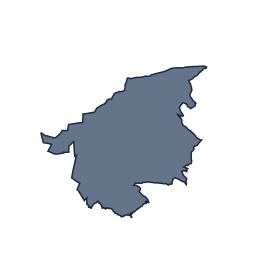 the district of Ixtacuixtla de Mariano Matamoros, Tlaxcala, Mexico, rotated 115°
{"feature_id": "50627088B9803475086398", "entity_name": "Ixtacuixtla de Mariano Matamoros", "entity_type": "district", "adm_level": 2, "iso_a3": "MEX", "parent_name": "Mexico", "parent_adm1": "Tlaxcala", "projection": "orthographic", "projection_center": [-98.372, 19.347], "detail": "fine", "context": "isolated", "style": "filled", "palette": "slate", "viewbox_px": 256, "rotation_deg": 115, "n_neighbors": 0, "source": "geoboundaries", "source_scale": "gbopen_adm2", "svg_char_len": 5683}
<svg xmlns="http://www.w3.org/2000/svg" viewBox="0 0 256 256"><g transform="rotate(115 128 128)"><path d="M70.1,129.3L70.4,129.4L70.6,129.7L71.8,130.0L72.9,132.2L73.3,133.6L73.9,134.5L75.2,136.0L76.9,138.2L78.7,142.1L79.5,143.0L81.6,145.5L83.0,149.6L86.0,149.2L86.8,148.9L89.5,148.9L90.4,148.9L91.7,148.1L93.2,147.4L93.8,147.4L95.2,147.3L96.5,147.8L97.2,148.6L98.0,149.8L98.6,151.3L100.0,152.5L100.4,153.0L102.4,154.9L107.1,155.2L108.4,155.2L109.0,155.5L109.6,157.1L110.1,157.8L110.9,158.1L111.8,158.7L112.5,158.9L114.0,158.6L115.7,159.6L116.6,159.6L116.7,160.1L117.1,160.3L118.7,161.8L122.2,164.1L123.4,164.7L125.5,164.9L127.2,164.9L127.9,165.3L132.0,171.0L134.4,174.7L137.0,173.5L142.2,171.5L143.4,173.5L149.8,183.1L151.8,182.9L154.3,182.1L155.9,181.9L156.3,182.4L158.0,186.7L160.2,186.7L161.5,187.0L166.0,188.9L167.3,189.6L168.0,190.2L168.0,190.8L168.5,192.0L168.4,192.6L169.1,195.6L169.0,196.5L169.1,197.2L169.9,200.0L169.1,204.1L169.2,204.5L169.5,204.7L177.1,198.5L175.2,192.0L175.5,192.1L175.4,190.4L182.9,190.7L182.7,189.7L182.6,183.8L181.9,181.9L181.1,180.4L177.9,175.9L177.4,176.4L174.9,171.4L169.7,173.8L165.2,172.3L163.3,171.6L163.4,171.4L176.1,164.4L174.5,163.2L190.5,159.7L197.1,157.9L197.0,157.6L197.1,157.0L197.8,154.2L198.5,149.0L198.5,148.4L205.5,148.1L205.6,146.8L212.3,136.9L211.5,136.8L210.5,136.5L209.3,136.0L208.9,135.7L209.9,135.7L210.6,135.0L211.5,134.5L212.1,134.3L212.3,134.0L212.8,133.6L213.8,133.5L214.6,133.0L214.7,131.6L215.1,131.4L215.4,130.6L216.2,130.4L216.5,130.1L216.4,129.9L215.8,129.5L215.6,129.2L216.0,128.8L216.3,128.3L216.3,127.5L215.1,127.5L214.8,127.3L213.7,127.4L212.3,127.2L209.8,125.9L209.4,125.3L208.9,125.0L208.7,124.9L207.9,124.9L207.0,124.3L207.3,124.1L207.5,123.9L207.6,122.8L207.9,122.6L208.4,122.6L208.5,122.5L208.4,122.1L208.0,121.8L208.0,121.6L208.3,121.0L208.9,120.4L209.1,119.2L210.1,118.8L210.4,118.6L210.5,117.9L211.3,117.7L211.5,117.3L211.3,117.0L210.8,116.6L210.6,116.2L210.8,115.4L210.4,115.1L210.3,114.6L210.8,114.1L210.7,114.0L210.5,113.8L209.9,113.9L209.5,113.8L209.4,112.9L208.8,111.9L209.1,111.3L208.5,110.7L208.3,109.9L208.5,109.3L208.3,108.7L208.5,107.4L209.6,106.3L209.9,105.9L210.0,104.5L210.6,104.0L210.7,103.7L210.3,101.5L210.3,101.2L210.7,100.8L210.9,100.2L210.6,99.1L210.6,98.0L211.3,96.4L210.8,96.1L210.8,95.6L210.6,95.2L209.3,94.7L209.1,94.0L208.7,93.9L207.2,92.8L207.3,92.2L207.0,91.0L206.4,90.5L206.4,90.2L206.6,89.7L206.4,89.4L206.3,89.0L206.9,87.9L206.9,87.5L207.1,87.2L207.5,87.2L207.4,87.0L207.1,86.9L206.5,87.5L205.9,89.2L205.5,89.9L205.2,90.0L204.9,89.9L205.2,89.5L205.2,89.3L204.6,89.5L204.2,89.4L204.5,88.8L204.4,88.3L203.8,88.5L203.1,88.5L203.0,88.3L203.1,88.0L202.4,88.0L202.1,87.9L202.1,87.3L197.8,85.3L194.0,83.1L193.2,82.7L192.4,82.1L191.4,82.1L190.4,81.9L190.1,81.7L189.5,80.8L188.7,80.1L188.3,79.4L187.6,79.2L187.2,79.4L187.1,79.8L187.4,80.4L187.5,80.7L187.3,81.0L187.0,80.9L186.6,80.4L186.4,80.0L186.4,79.5L186.9,77.8L186.7,77.6L186.5,78.0L185.9,78.4L185.4,79.5L185.1,79.6L184.7,79.6L184.2,80.9L183.4,81.8L183.2,82.6L182.7,86.8L182.5,87.3L181.8,88.7L181.5,89.8L180.9,91.0L180.6,91.2L180.1,91.1L179.6,90.8L178.7,90.8L177.6,91.1L177.2,91.6L176.6,93.3L176.7,94.8L176.5,96.2L176.6,96.8L177.5,98.7L177.1,98.7L176.1,98.4L175.2,98.4L174.7,97.6L174.2,96.4L173.9,95.9L173.7,94.9L172.6,93.2L172.4,92.6L171.8,91.7L171.3,91.7L170.8,91.3L170.3,90.3L170.1,89.5L168.2,86.7L167.9,85.3L166.2,80.1L166.1,79.5L165.5,78.9L164.9,76.6L164.4,75.6L164.3,75.1L163.6,73.1L163.2,71.3L162.5,70.5L162.4,69.7L162.6,68.6L162.7,67.3L162.0,67.0L161.2,66.4L160.4,64.6L157.1,65.3L156.1,65.4L154.4,65.2L153.5,64.9L153.1,62.8L153.2,58.4L153.5,55.8L153.4,55.2L153.1,54.5L153.1,53.7L153.2,53.4L154.0,52.8L154.7,51.3L153.6,51.6L152.8,52.1L152.6,52.5L152.1,52.8L151.2,52.9L150.5,53.2L149.1,53.4L148.5,54.5L148.0,56.5L147.3,57.9L146.3,59.1L144.9,60.5L144.7,60.9L143.6,59.9L142.7,58.4L141.9,57.9L142.7,58.0L142.8,56.4L141.8,56.5L141.6,57.0L141.5,56.8L141.1,56.7L140.1,57.2L139.5,56.8L139.5,57.9L139.8,58.8L139.5,60.0L139.8,60.4L139.9,61.1L139.5,60.9L139.1,60.0L138.6,59.9L138.0,60.0L136.9,59.5L137.0,58.3L136.8,57.9L136.5,57.8L135.5,57.8L134.3,56.8L133.6,55.9L133.1,55.7L132.2,56.1L131.3,56.1L130.7,56.7L129.9,57.2L128.3,58.1L126.2,59.0L125.7,59.7L124.9,59.7L124.0,60.2L123.2,60.3L119.9,59.3L119.1,59.3L117.4,60.6L114.3,58.0L107.8,56.4L108.2,57.1L108.3,57.4L108.0,59.3L108.0,59.7L108.1,59.8L107.7,61.1L107.8,61.7L107.3,62.6L106.6,63.4L106.2,64.5L105.4,66.3L105.1,67.5L104.4,69.3L104.0,71.1L103.9,72.9L103.8,73.4L103.3,74.1L102.8,75.6L102.3,76.4L102.7,78.3L102.5,79.2L101.6,79.9L101.0,81.0L100.3,81.7L99.1,82.1L98.7,82.1L98.3,82.5L97.7,82.8L97.0,83.7L96.8,85.0L96.0,85.0L95.8,87.5L95.2,88.2L95.1,88.5L94.6,88.9L94.6,85.2L94.1,83.6L93.8,83.1L93.7,83.0L93.2,83.2L92.8,83.9L92.0,84.9L91.8,85.5L91.4,85.9L91.2,86.6L90.7,87.5L89.8,88.1L89.1,89.0L88.2,89.6L88.0,89.9L85.8,89.9L84.7,89.7L83.8,89.3L83.1,89.4L82.8,89.3L81.9,88.8L81.7,88.4L81.7,86.1L81.4,85.3L81.6,84.8L82.0,84.5L82.1,84.0L82.3,83.9L82.6,83.9L83.1,83.4L83.3,82.8L83.4,80.9L83.8,79.8L84.0,79.6L83.7,79.4L83.5,79.1L82.3,78.4L81.3,77.6L80.2,76.9L79.4,76.7L78.3,76.9L77.7,77.2L77.5,77.4L77.0,77.0L76.5,77.6L75.6,80.9L74.2,82.8L73.8,84.0L72.3,85.7L71.9,85.9L70.7,86.1L67.9,86.0L66.5,86.2L65.4,87.1L64.7,87.4L64.3,87.7L62.0,90.0L61.7,89.9L60.9,91.1L59.8,92.4L59.4,92.7L59.2,93.1L58.9,92.5L56.7,90.8L55.8,90.4L55.7,90.1L55.1,90.0L53.6,89.6L51.8,88.0L50.9,87.5L47.9,86.6L46.9,86.5L46.4,86.2L46.2,85.6L45.3,85.4L42.1,84.4L41.4,83.8L41.3,83.1L41.0,82.6L40.7,82.5L39.6,82.5L39.8,83.0L39.6,84.3L39.5,84.5L39.9,85.2L40.0,85.7L45.4,96.1L48.8,102.0L49.8,103.0L50.3,103.6L52.8,109.2L55.6,113.9L61.1,118.5L67.3,126.1L70.1,129.3Z" fill="#64748b" stroke="#1e293b" stroke-width="1.5"/></g></svg>